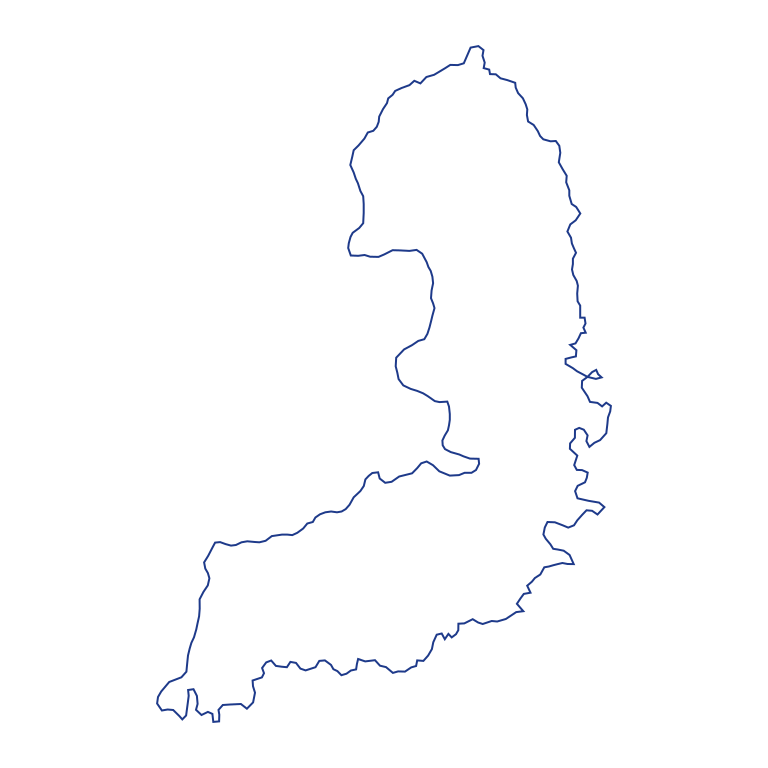 Edealina, Goiás, Brazil (orthographic projection)
{"feature_id": "56859067B36713629939806", "entity_name": "Edealina", "entity_type": "district", "adm_level": 2, "iso_a3": "BRA", "parent_name": "Brazil", "parent_adm1": "Goiás", "projection": "orthographic", "projection_center": [-49.745, -17.405], "detail": "fine", "context": "isolated", "style": "outline", "palette": "blue", "viewbox_px": 768, "rotation_deg": 0, "n_neighbors": 0, "source": "geoboundaries", "source_scale": "gbopen_adm2", "svg_char_len": 4874}
<svg xmlns="http://www.w3.org/2000/svg" viewBox="0 0 768 768"><path d="M478.4,46.1L470.6,47.6L466.8,56.4L463.8,63.3L457.9,65.1L450.3,64.9L444.8,68.4L434.1,74.8L426.4,77.0L420.4,83.4L414.3,80.8L409.5,85.1L401.6,88.0L395.2,90.9L392.6,94.8L388.2,98.4L387.0,103.1L383.0,109.1L379.2,116.6L378.7,121.8L376.8,126.8L373.3,130.8L367.8,132.5L364.4,138.6L358.5,145.5L353.7,150.2L352.3,156.6L350.3,165.0L353.7,172.5L355.8,178.8L357.9,183.2L360.4,191.0L363.2,196.2L363.7,204.0L363.7,213.0L363.2,223.2L359.2,228.0L352.7,232.8L350.5,237.0L348.8,243.2L348.2,248.0L350.8,255.5L358.2,255.8L364.6,255.0L370.1,256.7L378.5,256.9L384.3,254.4L392.6,250.2L400.0,250.4L409.5,250.9L416.6,249.9L422.2,253.7L426.7,262.2L428.4,267.0L430.7,270.9L432.4,276.7L433.1,283.2L431.6,290.4L431.0,298.2L433.1,303.4L434.5,308.1L432.4,315.7L431.2,320.7L429.5,327.4L427.4,333.9L424.3,339.2L418.3,340.9L412.1,345.1L404.1,349.4L396.2,357.7L395.7,366.3L397.3,372.6L398.6,379.1L403.3,385.4L410.7,388.9L417.2,390.9L423.1,393.3L427.7,396.1L434.8,401.1L439.5,402.1L447.3,401.6L449.0,406.6L449.8,414.0L449.8,419.9L449.0,425.3L447.9,430.3L444.7,435.6L442.4,440.5L442.7,445.3L445.0,449.1L450.8,452.1L459.3,454.5L463.4,456.3L470.0,458.6L478.6,458.8L479.1,463.8L476.0,470.0L471.5,472.8L464.6,472.8L459.0,475.1L449.8,475.6L439.3,471.3L433.0,465.2L426.7,461.5L421.2,463.3L417.2,468.1L412.1,473.3L399.2,476.5L391.6,481.8L385.2,482.8L379.7,478.5L378.1,472.3L372.3,473.0L368.7,475.9L365.4,479.4L363.8,486.0L360.4,491.0L353.7,497.3L349.5,504.8L345.7,509.1L341.6,511.5L337.0,512.3L331.1,511.5L325.3,512.3L320.0,514.3L315.4,517.5L312.8,522.0L307.3,523.5L303.2,528.5L297.3,532.8L292.3,535.1L287.3,534.6L282.0,534.6L271.8,536.1L265.6,540.8L259.4,542.3L254.9,542.0L247.3,541.3L241.5,542.3L235.9,545.0L231.0,545.6L225.6,544.1L220.1,542.1L215.1,542.6L212.6,547.3L208.2,555.8L204.1,562.4L205.3,568.6L207.9,573.1L209.4,578.3L207.8,585.4L203.5,591.8L199.6,599.3L199.7,608.8L199.1,616.3L197.5,623.5L196.3,629.3L194.0,637.3L191.4,642.8L189.7,648.5L188.0,655.5L187.1,664.3L186.4,671.7L181.4,677.3L169.2,682.0L161.2,691.5L158.0,697.0L157.1,703.5L161.9,710.5L167.6,709.5L173.2,710.0L179.3,716.0L182.3,719.4L186.1,715.5L187.8,702.8L188.7,695.8L188.1,690.0L193.5,689.2L196.9,695.9L197.6,703.9L196.0,709.8L201.5,715.0L207.9,711.9L212.4,713.9L213.3,721.9L219.1,721.4L219.3,714.7L218.5,709.9L222.8,705.0L230.2,704.5L240.9,704.0L246.9,708.7L253.1,702.4L255.0,692.7L253.0,686.2L252.6,680.5L261.9,677.4L264.0,673.2L262.1,668.0L266.2,662.4L271.2,660.5L275.9,665.9L281.6,666.7L286.9,667.2L290.4,661.9L296.0,662.9L300.4,668.6L305.6,670.4L315.5,667.2L319.3,660.9L324.9,660.4L331.0,664.9L333.4,669.2L337.4,671.1L341.4,675.2L346.5,673.7L350.9,670.5L356.1,669.4L356.9,664.1L358.1,659.0L365.2,661.4L375.0,660.2L380.0,665.7L386.0,667.1L392.9,672.9L398.1,671.4L405.0,671.6L411.2,667.4L416.1,666.0L417.2,660.4L423.4,660.9L428.1,655.6L431.9,649.1L433.3,642.2L436.7,634.7L441.7,633.5L444.8,639.2L448.4,633.9L451.7,637.4L456.0,634.2L458.3,630.2L458.4,623.7L464.3,623.4L472.7,619.2L478.1,622.5L482.7,624.0L491.7,621.0L497.2,621.5L505.8,619.0L510.5,615.9L516.2,612.1L523.3,611.2L516.9,603.8L520.5,598.4L523.8,593.9L530.5,592.7L527.2,585.7L531.9,581.7L534.9,578.0L540.3,574.5L544.3,567.3L548.9,566.5L553.4,565.2L557.7,564.1L562.4,563.0L567.6,564.0L573.7,564.1L569.6,555.0L563.7,550.7L557.7,549.5L553.2,548.8L550.4,544.3L545.8,538.8L543.4,534.5L544.8,527.5L547.5,522.0L554.9,522.3L562.7,525.3L568.2,527.6L574.0,525.3L577.3,520.3L582.2,514.8L586.5,510.3L592.1,510.8L597.5,514.5L604.4,507.1L599.1,502.6L588.5,500.8L577.5,498.3L575.1,491.1L577.7,485.8L585.0,482.3L586.8,477.8L587.7,472.6L582.1,470.1L576.8,469.9L574.2,465.1L577.3,455.6L569.9,448.8L570.1,443.4L574.9,437.8L575.0,429.8L579.2,427.9L583.8,429.7L587.6,435.4L586.4,441.1L589.4,446.9L594.4,442.8L600.1,440.1L606.3,433.2L607.4,423.8L608.0,417.4L610.2,411.4L610.9,405.9L606.2,402.7L602.1,406.4L597.5,402.9L590.0,401.9L587.5,396.2L581.8,387.7L582.1,380.9L587.5,376.9L582.6,374.2L577.1,371.3L572.8,368.1L565.6,363.9L565.6,358.9L571.4,357.4L575.9,356.4L576.4,350.2L570.2,344.9L575.5,343.4L578.5,338.4L580.9,333.2L585.7,332.7L583.4,327.6L585.5,323.5L584.6,317.7L580.2,317.7L580.2,312.3L580.2,305.6L577.6,301.3L577.2,293.5L577.9,285.7L576.7,281.0L573.3,275.0L572.0,269.5L572.9,264.0L572.9,258.7L576.0,252.8L573.8,248.0L571.9,243.5L571.0,237.7L567.4,231.5L570.3,224.4L575.7,220.3L580.3,213.5L576.2,207.0L571.7,204.0L569.3,195.8L569.3,190.3L566.2,182.3L566.7,175.8L562.6,169.1L558.8,162.3L560.3,152.8L559.3,145.8L555.8,141.0L550.5,141.3L543.3,139.3L540.1,136.0L537.8,131.1L533.7,125.0L528.1,121.5L526.9,115.0L527.3,109.4L525.7,104.3L522.9,98.3L518.1,93.1L515.7,87.6L515.2,82.8L507.3,80.1L500.5,78.3L495.8,74.3L490.0,74.1L489.2,69.6L483.7,68.1L484.7,62.6L482.5,55.8L483.5,50.1L478.4,46.1ZM587.5,376.9L595.9,378.9L601.6,377.4L598.1,374.2L596.2,369.9L592.1,372.1L587.5,376.9Z" fill="none" stroke="#1e3a8a" stroke-width="2"/></svg>